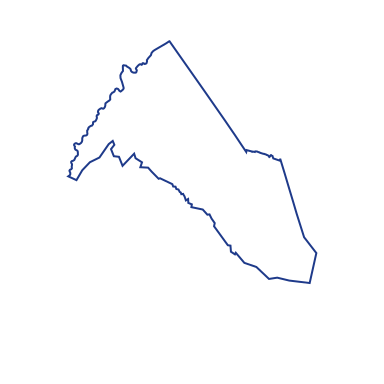 the district of Greenville, South Carolina, United States of America, rotated 324°
{"feature_id": "52423323B27353440150163", "entity_name": "Greenville", "entity_type": "district", "adm_level": 2, "iso_a3": "USA", "parent_name": "United States of America", "parent_adm1": "South Carolina", "projection": "equal_earth", "projection_center": [-82.43, 34.85], "detail": "fine", "context": "isolated", "style": "outline", "palette": "blue", "viewbox_px": 384, "rotation_deg": 324, "n_neighbors": 0, "source": "geoboundaries", "source_scale": "gbopen_adm2", "svg_char_len": 3583}
<svg xmlns="http://www.w3.org/2000/svg" viewBox="0 0 384 384"><g transform="rotate(324 192 192)"><path d="M157.1,77.2L155.9,77.8L155.2,77.9L154.8,77.7L153.6,77.4L153.0,77.4L151.7,79.0L150.0,79.5L148.8,79.0L146.6,79.0L145.8,79.3L145.4,79.5L145.3,79.9L144.2,80.4L143.3,80.7L142.2,82.3L141.7,83.3L140.9,84.0L139.9,84.1L139.3,83.9L138.2,83.2L137.1,82.8L136.2,83.1L135.2,83.7L134.4,84.5L133.7,85.6L132.5,86.6L131.1,87.1L129.0,87.1L128.2,86.6L127.9,86.0L127.4,85.1L126.9,84.3L125.7,84.0L124.9,84.1L124.2,84.6L124.0,85.7L124.0,86.5L123.7,86.7L123.3,87.1L122.8,87.9L122.7,88.4L122.6,89.0L122.8,89.7L123.4,90.8L123.5,91.7L123.1,92.6L121.6,94.8L120.5,95.3L119.8,95.2L118.9,95.1L118.0,95.5L115.6,96.9L114.0,96.8L113.2,96.4L112.1,96.5L111.5,97.3L111.4,97.8L111.3,98.9L110.9,99.5L109.5,100.9L108.8,102.2L107.8,102.6L106.4,102.3L105.5,102.6L105.0,103.6L105.0,104.5L104.1,106.0L103.1,106.6L101.1,106.6L105.5,114.5L116.0,109.9L126.9,107.9L137.4,109.7L152.8,104.3L157.9,104.1L156.9,108.2L151.7,109.7L149.8,117.1L153.6,120.6L151.2,130.0L167.7,127.0L166.2,131.5L169.0,138.6L164.8,141.6L170.8,146.5L171.3,151.7L172.8,161.7L174.2,162.1L180.7,174.1L180.0,176.5L181.8,178.0L181.1,180.4L182.5,182.0L182.1,184.8L182.6,185.8L182.1,187.5L183.7,188.3L183.5,189.3L183.4,191.1L182.1,195.2L184.7,195.4L182.6,198.7L184.6,201.9L182.6,203.9L190.4,212.5L191.1,219.4L193.0,220.4L192.2,225.0L192.1,230.5L189.7,232.7L189.7,256.1L191.6,258.0L188.4,263.2L190.1,267.7L191.7,266.9L192.7,280.1L200.0,290.5L203.2,307.6L210.6,311.4L218.6,320.8L233.7,334.8L256.7,314.5L256.1,294.5L263.9,271.1L268.1,259.3L273.8,243.0L277.9,231.4L282.9,216.9L281.5,218.3L277.5,212.6L278.3,210.1L277.9,209.6L277.6,209.1L277.7,208.8L277.7,208.7L277.4,208.5L277.2,208.5L276.9,208.6L276.2,209.0L275.8,209.1L275.7,209.1L275.1,209.1L275.1,208.6L275.2,208.2L275.1,207.6L275.0,207.2L274.7,206.5L274.5,206.3L274.3,206.1L274.1,205.7L273.9,205.2L273.8,204.9L273.6,204.7L273.0,204.0L272.9,203.7L272.5,203.3L272.2,203.1L270.5,200.8L270.1,200.3L270.0,200.1L270.0,199.8L269.9,199.6L269.6,199.3L269.5,199.2L269.3,198.9L269.1,198.7L268.9,198.3L268.8,198.1L268.6,197.7L268.4,197.5L267.9,197.0L267.5,196.7L267.3,196.5L267.1,196.4L266.8,196.3L266.7,196.3L266.4,196.4L266.3,196.5L266.2,196.4L266.1,196.2L265.8,195.8L265.5,195.6L265.3,195.5L265.1,195.3L264.9,195.0L264.5,195.0L264.3,194.8L264.1,194.6L264.0,194.3L264.0,194.1L260.8,190.2L259.4,191.5L259.7,183.3L260.2,171.0L260.3,167.1L260.7,153.5L260.7,153.4L261.4,118.5L262.4,56.8L262.3,56.7L258.1,56.5L250.2,55.7L245.1,55.2L243.3,55.2L242.8,55.3L241.1,55.7L239.1,57.2L235.6,57.9L233.3,58.7L233.0,58.8L232.4,59.9L230.8,61.1L229.8,61.0L228.7,60.4L228.6,59.5L228.0,58.9L227.7,58.8L226.5,59.5L226.1,59.5L225.9,59.4L225.6,58.5L224.6,57.9L223.0,58.0L221.9,58.2L219.6,58.8L219.1,59.2L219.0,59.9L219.0,60.6L218.8,61.2L217.4,62.3L216.7,62.4L216.2,62.1L215.1,61.3L214.3,60.3L213.9,59.3L213.8,58.6L214.0,57.7L214.4,56.8L214.5,56.0L214.0,54.3L213.1,52.2L213.0,51.1L211.1,49.2L210.4,49.2L209.6,50.1L207.3,53.5L205.0,54.2L203.1,55.2L202.5,55.7L201.1,57.9L200.1,61.7L198.3,66.6L197.8,67.8L196.7,68.5L193.9,68.8L193.2,68.7L192.7,67.3L192.8,65.9L192.7,65.1L191.9,64.0L190.6,63.7L188.3,65.1L187.0,65.1L185.9,64.8L183.6,65.4L182.6,65.9L181.6,67.0L180.2,69.1L178.9,69.4L177.1,69.3L174.2,69.4L173.9,69.6L173.8,69.8L173.2,70.4L172.6,71.2L171.3,72.1L170.1,72.5L169.3,72.5L168.7,72.0L168.3,71.3L168.2,71.1L167.0,70.7L165.8,70.7L164.9,70.7L164.0,71.0L163.3,71.6L162.9,72.0L162.8,72.9L162.8,73.6L162.4,74.0L161.7,74.3L161.0,74.0L160.1,74.1L159.4,74.6L159.0,75.6L158.3,76.5L157.1,77.2Z" fill="none" stroke="#1e3a8a" stroke-width="2"/></g></svg>